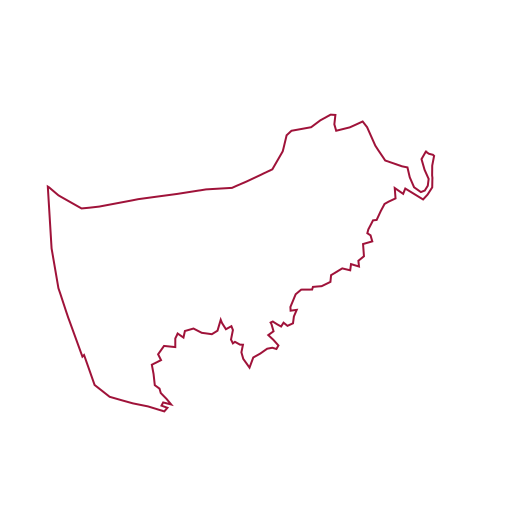 the district of Garr-Bain, Nimba, Liberia, rotated 164°
{"feature_id": "62588387B82144239475407", "entity_name": "Garr-Bain", "entity_type": "district", "adm_level": 2, "iso_a3": "LBR", "parent_name": "Liberia", "parent_adm1": "Nimba", "projection": "robinson", "projection_center": [-8.959, 7.219], "detail": "fine", "context": "isolated", "style": "outline", "palette": "rose", "viewbox_px": 512, "rotation_deg": 164, "n_neighbors": 0, "source": "geoboundaries", "source_scale": "gbopen_adm2", "svg_char_len": 2428}
<svg xmlns="http://www.w3.org/2000/svg" viewBox="0 0 512 512"><g transform="rotate(164 256 256)"><path d="M437.0,380.1L450.4,319.7L452.3,302.3L454.8,279.5L454.5,273.5L453.8,255.1L453.5,248.5L453.2,244.6L450.6,207.1L448.6,208.2L448.5,207.0L447.7,193.7L446.7,176.5L435.5,161.0L425.1,154.5L415.0,148.3L401.3,141.2L387.0,131.9L383.0,134.5L388.1,138.2L385.6,140.8L378.5,136.7L381.4,143.3L385.3,150.5L385.3,155.1L388.9,159.7L387.0,170.8L386.1,180.2L376.0,182.1L377.2,188.5L369.2,194.9L358.7,190.7L356.3,199.0L354.1,201.4L352.7,203.1L348.2,197.6L345.0,203.5L340.5,203.5L336.1,203.5L329.3,197.1L325.4,195.4L320.0,193.0L313.6,194.8L307.5,204.4L307.3,202.2L307.1,200.8L305.1,193.9L299.0,195.3L298.6,191.2L303.1,182.5L302.9,181.8L302.3,178.4L299.9,179.3L295.8,175.2L293.0,174.3L296.6,167.4L296.6,160.6L293.0,150.5L286.6,159.2L278.9,161.0L270.8,163.8L265.6,163.3L262.0,161.0L259.1,163.8L262.4,170.6L266.0,176.6L259.9,178.8L259.9,186.2L260.3,188.0L259.8,188.1L257.9,188.4L256.9,187.2L254.3,184.3L251.3,181.3L247.9,184.3L245.0,180.2L239.0,181.1L236.2,187.5L231.7,193.0L237.8,193.9L237.0,197.5L233.4,202.0L228.4,208.3L223.9,210.3L221.8,211.2L212.1,208.5L211.3,208.3L209.8,210.6L205.6,209.8L201.2,208.9L200.1,209.1L197.8,209.5L195.5,209.9L191.6,210.6L189.1,216.9L188.7,217.0L176.5,220.3L169.4,216.3L166.9,222.0L159.9,217.5L158.9,223.2L152.3,226.0L149.8,238.0L145.1,238.0L140.2,238.0L140.2,244.3L142.7,247.2L140.7,250.6L136.4,255.1L133.7,258.0L130.1,257.4L123.6,264.9L119.6,269.0L118.1,270.6L113.5,271.7L106.0,272.9L103.9,283.1L97.4,275.2L93.9,279.7L79.8,264.3L74.2,267.7L67.7,273.4L65.0,282.2L64.9,282.3L64.5,284.9L62.4,291.9L61.7,294.3L57.6,302.4L57.2,303.1L58.0,304.5L61.6,306.6L61.8,306.8L62.5,307.7L63.7,309.0L63.3,310.2L70.2,303.5L70.2,294.6L70.2,292.4L68.8,282.5L71.5,276.2L75.7,272.4L79.9,272.0L85.1,278.5L86.5,289.2L86.4,291.7L86.0,299.4L91.0,302.0L105.5,312.2L106.5,315.4L109.4,324.3L110.9,329.2L111.8,335.6L113.7,349.2L116.4,355.9L124.2,354.7L130.4,353.8L144.4,354.3L144.4,357.8L144.4,361.0L140.8,369.7L145.3,371.3L156.7,368.7L159.6,367.6L167.5,364.6L187.4,366.6L193.3,363.6L195.5,359.7L199.9,351.9L201.5,349.2L216.4,334.8L226.3,333.2L228.4,332.8L244.5,330.2L255.5,328.8L260.3,328.1L263.8,328.9L285.7,333.8L291.7,334.5L292.9,334.7L314.7,337.4L335.7,340.5L353.6,343.1L359.7,343.6L390.7,346.5L393.0,346.7L403.1,348.4L410.6,349.8L427.3,366.8L429.2,368.8L436.0,379.0L437.0,380.1Z" fill="none" stroke="#9f1239" stroke-width="2"/></g></svg>